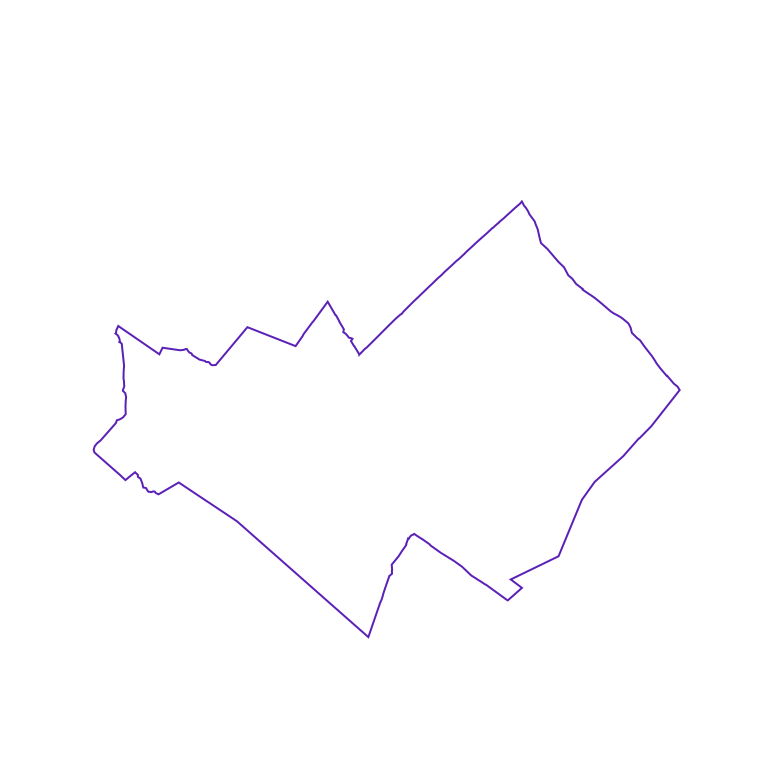 Santo Domingo Ingenio, Oaxaca, Mexico (Albers equal-area conic projection), rotated 210°
{"feature_id": "50627088B8466826145591", "entity_name": "Santo Domingo Ingenio", "entity_type": "district", "adm_level": 2, "iso_a3": "MEX", "parent_name": "Mexico", "parent_adm1": "Oaxaca", "projection": "albers", "projection_center": [-94.713, 16.571], "detail": "fine", "context": "isolated", "style": "outline", "palette": "violet", "viewbox_px": 768, "rotation_deg": 210, "n_neighbors": 0, "source": "geoboundaries", "source_scale": "gbopen_adm2", "svg_char_len": 3586}
<svg xmlns="http://www.w3.org/2000/svg" viewBox="0 0 768 768"><g transform="rotate(210 384 384)"><path d="M597.2,219.1L596.7,215.9L601.2,193.5L602.9,189.0L603.4,185.5L602.6,181.9L602.3,181.6L600.5,179.9L584.6,176.7L567.0,173.2L559.9,171.5L555.5,183.1L555.3,183.0L551.8,182.3L551.3,181.6L550.8,180.6L548.3,180.3L547.6,180.3L543.3,176.8L541.7,174.9L540.7,174.0L538.2,174.9L534.4,172.9L531.5,174.0L530.3,175.5L528.7,176.2L527.3,175.5L524.1,175.7L512.5,196.1L493.0,194.8L442.7,191.6L289.6,160.7L271.0,157.0L277.1,188.2L277.4,190.0L277.8,191.7L278.4,196.7L278.7,198.1L279.8,202.3L280.8,207.0L283.4,220.5L283.0,221.4L282.2,223.7L283.9,226.4L284.0,227.1L287.0,231.4L285.2,242.3L284.9,248.6L284.3,254.9L284.4,256.2L284.7,256.4L284.9,257.0L285.0,258.2L285.9,262.2L285.2,262.2L285.2,263.6L284.9,265.9L284.1,267.4L283.5,267.9L283.2,268.9L282.9,269.3L279.8,269.0L279.2,269.0L273.3,268.7L273.2,268.7L273.2,268.8L264.6,268.0L262.7,267.4L258.4,267.0L250.3,266.2L235.4,265.8L225.1,264.8L212.7,261.8L199.0,261.2L196.0,261.0L195.6,261.2L170.0,258.5L168.6,258.5L162.6,276.4L176.5,278.1L146.7,322.1L154.6,381.7L154.7,382.9L152.6,404.6L140.7,441.2L136.1,464.2L135.7,464.5L131.4,481.1L124.9,526.6L128.4,528.5L133.1,529.2L143.0,532.7L143.2,532.4L149.4,534.6L152.7,535.8L155.8,537.1L158.4,538.2L160.8,539.6L166.0,542.2L176.5,546.4L184.2,549.9L187.5,550.3L194.9,552.2L195.0,552.3L198.5,556.0L200.4,557.3L202.7,558.7L209.1,559.8L212.1,560.2L216.5,560.2L220.4,560.0L221.2,560.1L223.6,560.2L234.4,562.2L234.5,562.3L237.0,562.7L241.8,563.5L244.5,563.9L248.7,564.3L250.9,564.4L252.2,564.5L254.0,564.6L259.1,565.0L259.2,565.6L267.6,566.7L273.5,569.3L278.9,570.3L280.2,571.2L286.5,575.1L294.0,577.0L309.1,582.3L309.4,582.5L318.4,584.5L320.0,586.0L322.7,588.8L328.2,594.8L332.5,598.1L334.7,600.1L342.9,603.7L345.4,605.5L349.1,607.5L351.9,608.5L355.9,611.0L356.4,608.1L358.7,601.6L362.6,589.3L362.6,589.0L363.9,585.4L364.0,585.3L364.2,584.7L365.2,581.8L365.1,581.5L365.2,581.4L366.5,577.7L367.9,573.4L368.1,573.3L370.6,565.0L372.3,560.1L372.5,559.5L372.7,558.9L373.1,557.5L373.2,557.4L375.6,549.9L375.6,549.7L378.1,541.8L379.2,538.1L379.2,537.6L379.4,536.9L379.7,536.1L380.9,532.1L381.7,529.6L381.9,528.9L382.4,527.9L382.6,527.4L384.0,522.7L387.6,511.3L387.7,510.9L388.7,507.0L390.2,502.7L391.6,497.8L391.6,497.6L392.5,494.6L393.4,491.6L393.5,491.3L395.0,486.1L397.8,476.4L398.6,473.7L399.7,470.0L403.2,457.0L403.8,453.4L404.5,452.4L406.4,446.8L408.4,439.7L410.8,430.8L412.2,425.5L413.5,420.6L413.7,419.9L415.2,414.3L417.4,406.3L417.9,405.5L419.9,397.7L420.0,397.5L420.1,397.0L420.4,397.4L428.6,401.9L429.0,401.9L434.1,404.7L433.9,407.4L434.7,407.4L437.6,406.6L438.9,407.1L439.6,407.5L442.5,408.4L445.1,408.5L446.1,411.3L453.8,415.6L453.8,415.8L459.8,419.5L460.2,419.3L460.3,419.3L473.9,427.1L475.4,413.4L476.5,403.2L476.6,402.7L476.8,402.0L478.6,386.7L478.4,385.3L479.5,372.6L530.7,364.9L539.2,316.3L542.0,314.5L542.9,314.2L545.0,314.7L545.6,315.2L546.8,315.3L549.2,314.1L550.5,314.4L556.0,312.9L564.6,313.2L565.7,314.1L566.6,314.2L568.3,314.0L570.6,314.8L571.9,315.6L573.1,315.3L573.9,314.2L574.8,313.2L577.4,311.3L584.6,308.4L593.9,304.7L593.4,297.4L642.6,301.3L643.1,301.4L642.7,296.6L641.9,294.9L641.2,293.5L641.3,293.4L639.6,293.2L638.1,292.7L637.5,292.0L637.0,291.9L635.3,290.4L634.2,289.1L634.3,288.9L634.2,288.0L632.7,288.1L631.2,287.7L618.2,269.8L615.5,264.2L612.2,258.3L610.8,256.7L607.7,252.0L607.3,249.5L607.0,247.9L606.8,247.6L603.3,246.6L602.2,245.2L601.0,244.1L599.2,240.2L596.7,235.4L592.6,228.7L593.3,224.6L594.5,222.3L595.9,220.3L597.2,219.1Z" fill="none" stroke="#5b21b6" stroke-width="2"/></g></svg>